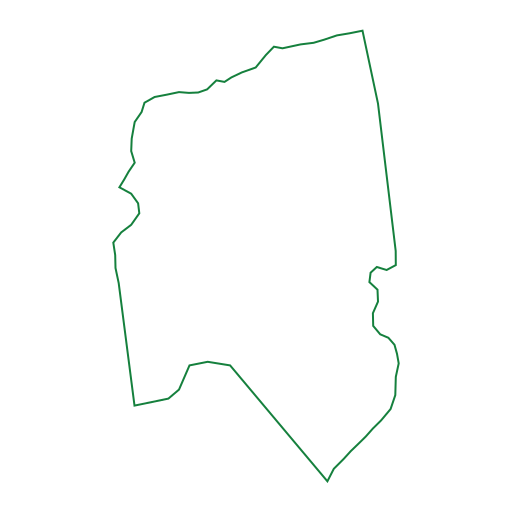 Passagem, Paraíba, Brazil
{"feature_id": "56859067B98745987234759", "entity_name": "Passagem", "entity_type": "district", "adm_level": 2, "iso_a3": "BRA", "parent_name": "Brazil", "parent_adm1": "Paraíba", "projection": "natural_earth1", "projection_center": [-37.042, -7.122], "detail": "fine", "context": "isolated", "style": "outline", "palette": "green", "viewbox_px": 512, "rotation_deg": 0, "n_neighbors": 0, "source": "geoboundaries", "source_scale": "gbopen_adm2", "svg_char_len": 970}
<svg xmlns="http://www.w3.org/2000/svg" viewBox="0 0 512 512"><path d="M362.5,30.7L349.5,33.3L336.9,35.4L324.1,39.7L313.6,42.8L300.6,44.4L282.5,48.3L273.9,46.7L265.9,55.0L255.7,67.5L241.9,72.4L231.4,77.4L224.5,81.9L216.4,80.4L207.1,89.4L198.2,92.5L189.0,92.9L179.0,92.1L167.1,94.6L154.6,97.0L144.5,102.7L141.6,112.0L134.7,122.0L131.7,138.6L131.2,151.1L134.7,162.7L128.6,171.7L124.3,179.3L119.4,187.3L131.2,193.7L138.1,203.3L139.3,213.3L131.2,224.8L121.2,232.4L113.3,242.6L115.2,255.1L115.5,268.0L118.7,283.1L134.5,405.6L168.4,398.6L179.0,389.6L189.5,365.4L207.7,361.8L230.1,365.4L327.4,481.3L333.8,468.8L343.8,458.8L350.7,451.2L359.4,442.8L365.8,436.5L372.9,428.5L381.0,420.5L390.6,409.0L395.3,395.1L395.8,376.9L398.7,363.4L397.0,353.8L394.5,344.8L388.4,337.8L380.2,334.3L373.2,325.9L372.9,313.2L378.0,301.6L377.5,289.7L369.4,282.1L370.6,272.7L376.8,267.0L386.6,270.0L395.8,265.1L395.7,251.0L378.0,103.6L362.5,30.7Z" fill="none" stroke="#15803d" stroke-width="2"/></svg>